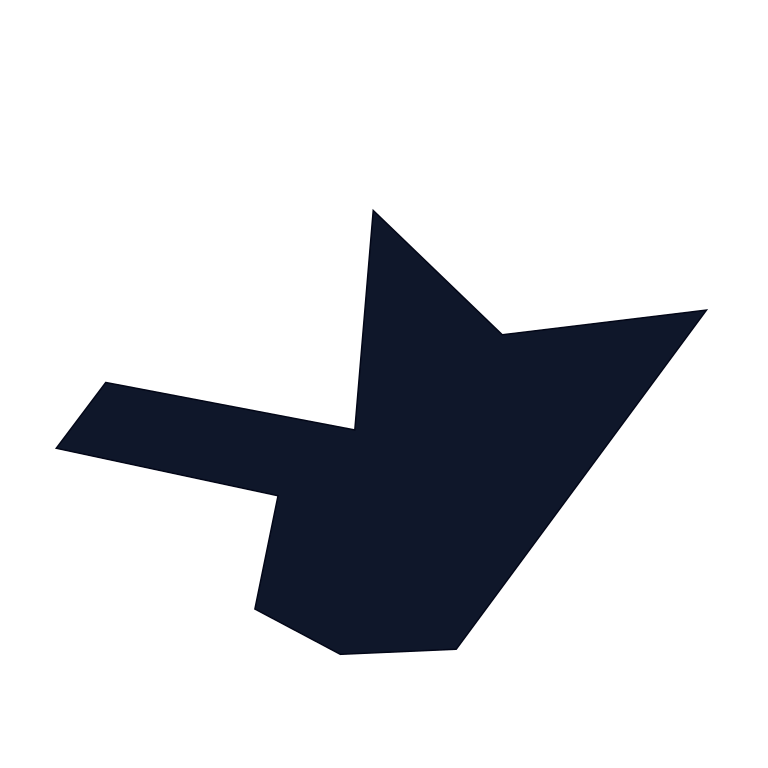 outline of Williamsburg, Virginia, United States of America, rotated 308°
{"feature_id": "52423323B40435366156553", "entity_name": "Williamsburg", "entity_type": "district", "adm_level": 2, "iso_a3": "USA", "parent_name": "United States of America", "parent_adm1": "Virginia", "projection": "robinson", "projection_center": [-76.709, 37.278], "detail": "fine", "context": "isolated", "style": "filled", "palette": "ink", "viewbox_px": 768, "rotation_deg": 308, "n_neighbors": 0, "source": "geoboundaries", "source_scale": "gbopen_adm2", "svg_char_len": 303}
<svg xmlns="http://www.w3.org/2000/svg" viewBox="0 0 768 768"><g transform="rotate(308 384 384)"><path d="M640.8,592.6L495.6,446.9L514.1,268.7L329.8,389.3L213.9,163.8L131.6,165.3L230.7,369.3L127.2,420.8L144.1,516.0L219.5,604.2L640.8,592.6Z" fill="#0f172a" stroke="#020617" stroke-width="1.5"/></g></svg>